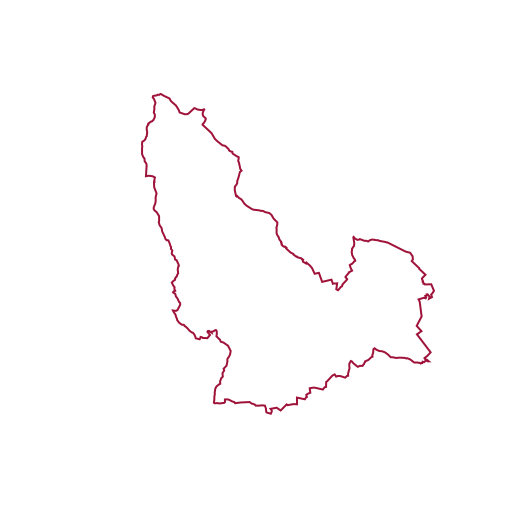 Hunedoara, Hunedoara, Romania, rotated 52°
{"feature_id": "2599482B17115998524758", "entity_name": "Hunedoara", "entity_type": "district", "adm_level": 2, "iso_a3": "ROU", "parent_name": "Romania", "parent_adm1": "Hunedoara", "projection": "equal_earth", "projection_center": [22.876, 45.766], "detail": "fine", "context": "isolated", "style": "outline", "palette": "rose", "viewbox_px": 512, "rotation_deg": 52, "n_neighbors": 0, "source": "geoboundaries", "source_scale": "gbopen_adm2", "svg_char_len": 6110}
<svg xmlns="http://www.w3.org/2000/svg" viewBox="0 0 512 512"><g transform="rotate(52 256 256)"><path d="M345.6,379.5L346.5,379.4L348.2,376.9L349.7,375.6L352.1,371.6L352.1,370.5L349.9,368.8L351.4,366.8L352.6,365.8L355.9,364.3L357.9,363.0L359.1,363.1L362.1,358.1L367.2,350.9L369.3,350.4L372.3,348.4L373.7,348.4L374.5,347.2L375.0,346.9L377.7,342.8L379.4,341.1L382.4,342.1L385.1,343.9L385.8,344.0L389.4,341.4L388.1,339.1L387.2,338.7L385.4,338.6L388.3,333.1L392.9,331.7L391.8,323.2L393.0,323.0L395.8,317.6L398.1,315.0L392.8,310.9L399.0,305.7L398.2,303.5L398.4,302.7L396.4,301.9L396.5,299.8L397.2,297.4L393.3,295.1L394.8,292.2L395.9,290.8L402.4,285.5L401.7,282.8L402.3,281.4L398.5,278.3L398.5,276.9L397.3,269.7L397.5,268.0L397.8,266.9L400.4,267.1L400.7,265.8L401.7,264.4L403.0,263.1L406.8,260.6L406.5,258.4L407.1,257.1L405.5,256.0L402.0,251.4L399.5,249.8L398.3,248.7L397.1,245.9L397.9,245.4L400.6,245.3L405.8,244.1L406.1,243.9L406.4,241.9L408.2,239.6L407.6,238.1L407.7,237.5L406.9,236.2L406.5,234.7L406.3,234.7L407.1,231.3L406.8,228.2L406.8,226.9L407.1,226.2L405.7,225.4L404.7,223.6L401.7,220.8L401.7,219.4L404.0,218.8L406.7,217.4L408.8,215.2L411.3,213.7L415.2,212.6L418.6,212.2L420.7,209.9L422.5,208.5L424.5,205.4L427.8,201.6L429.4,200.5L429.7,199.7L432.6,198.1L437.1,197.0L437.9,196.3L439.0,194.7L440.6,193.3L441.0,192.7L442.2,192.4L442.2,191.5L442.7,190.9L441.9,189.8L443.1,189.0L443.1,187.8L442.8,186.7L444.1,185.7L444.8,185.5L445.4,184.7L443.4,185.1L441.2,186.2L440.2,186.1L440.2,182.4L439.4,177.7L416.8,177.4L417.1,171.9L410.0,172.4L405.6,162.7L392.9,155.2L390.3,154.6L392.3,149.4L393.8,148.4L393.5,147.5L391.7,147.2L392.3,145.4L391.4,145.1L391.8,144.4L395.0,144.3L396.2,145.9L396.7,142.6L394.2,141.7L393.9,139.7L393.0,137.2L386.2,135.3L382.4,140.4L381.6,140.3L381.0,141.1L379.1,140.2L378.4,141.2L378.8,140.1L378.6,139.9L376.4,139.4L375.8,139.0L375.1,134.0L366.5,135.3L366.0,134.9L355.9,136.4L355.3,134.5L352.7,132.8L348.4,132.5L344.6,135.4L326.0,144.2L325.4,145.1L324.7,145.3L320.0,149.5L318.9,149.9L317.4,151.7L316.0,152.8L315.9,153.1L314.6,154.2L314.0,155.6L313.7,156.4L313.6,158.7L312.0,159.6L310.9,161.1L306.6,163.8L306.6,164.4L306.1,165.5L305.5,166.3L302.6,167.4L301.1,167.3L301.2,167.8L306.3,170.6L308.4,172.5L308.7,173.8L309.5,176.0L310.5,176.7L311.7,178.1L314.4,179.6L317.9,180.3L319.8,180.3L320.9,180.8L320.7,181.7L321.3,185.0L321.0,186.2L320.9,187.7L324.1,188.9L326.7,189.3L326.1,192.6L326.3,192.6L327.4,198.0L327.7,198.5L330.4,198.4L330.7,199.3L331.7,205.5L332.6,206.4L332.8,207.2L332.6,208.1L333.5,212.4L331.7,213.2L327.5,208.9L326.4,210.6L325.4,211.8L325.2,212.5L321.1,211.1L317.1,219.8L308.0,216.8L306.1,220.7L300.1,219.3L296.7,219.4L292.3,220.3L292.8,221.1L289.4,222.5L288.5,222.0L288.0,221.1L287.4,221.3L287.9,222.1L287.2,221.5L287.5,222.2L286.9,221.6L285.6,221.8L285.4,222.1L285.6,222.8L285.1,222.2L283.0,223.8L281.6,224.1L281.5,224.6L277.9,225.6L277.3,225.3L274.6,226.6L268.6,227.6L268.3,226.9L267.7,227.0L266.3,227.4L266.2,228.1L265.9,228.2L264.6,228.7L263.1,228.9L261.5,228.2L261.8,228.0L260.5,227.4L257.4,227.4L255.0,226.5L252.8,226.4L250.8,225.8L247.0,222.8L246.2,222.5L245.4,221.2L244.0,219.6L242.6,218.5L237.3,219.1L233.1,218.5L230.3,219.1L227.0,221.8L224.7,222.8L223.2,224.6L222.4,225.0L217.8,229.6L216.1,230.5L210.7,232.4L207.5,233.0L204.9,232.7L202.3,232.7L199.6,233.7L197.1,233.9L197.2,234.6L196.5,234.8L191.2,232.3L188.7,230.3L188.3,229.8L187.7,227.3L186.9,225.8L185.6,224.9L183.1,221.1L179.9,217.0L179.9,214.9L177.4,214.7L174.5,213.1L173.3,212.8L172.6,212.1L170.1,211.5L168.1,209.2L167.3,208.8L165.8,209.7L161.3,211.2L160.4,211.2L159.3,210.5L158.4,211.3L156.9,212.1L156.1,212.2L155.0,211.8L151.2,212.3L149.9,212.7L148.1,214.3L142.3,215.7L138.5,216.3L131.8,215.4L119.7,217.3L119.3,217.0L119.0,215.0L118.1,212.7L117.0,211.1L116.3,210.9L113.5,211.4L112.0,211.1L110.4,209.8L108.9,207.3L108.7,205.9L107.6,209.0L104.6,211.9L101.9,213.2L101.5,213.7L102.2,221.7L101.8,223.0L100.5,224.8L95.9,227.8L93.4,227.0L88.1,226.4L82.6,227.5L81.0,227.6L78.6,227.2L73.2,229.9L69.9,231.2L69.5,231.5L69.4,233.1L68.4,234.1L68.3,235.4L67.1,237.4L66.6,238.7L67.5,239.8L69.5,239.7L73.3,240.9L73.9,241.5L75.7,244.3L77.6,245.5L80.0,248.2L82.1,248.6L83.8,249.8L84.5,250.7L85.7,253.1L85.7,254.3L85.9,254.8L85.3,256.6L85.5,256.9L85.3,258.9L86.0,259.7L85.7,260.0L86.3,260.7L87.2,262.7L89.1,264.3L91.3,265.4L94.3,268.3L94.4,269.1L95.8,271.2L96.2,272.8L96.0,275.4L98.1,277.3L99.9,278.3L100.6,279.2L105.5,283.0L108.8,284.0L110.4,283.8L113.0,285.5L115.0,285.4L116.9,286.1L125.4,293.6L126.6,291.3L127.7,290.1L129.5,288.4L131.9,287.3L133.2,289.0L134.9,290.2L134.6,290.5L135.0,290.9L139.1,293.9L145.4,295.8L148.1,299.1L150.3,300.7L152.2,302.5L154.8,306.7L155.8,307.6L157.5,307.9L160.4,307.3L164.9,307.8L168.8,310.8L169.6,311.9L172.5,313.0L175.9,313.2L178.9,314.8L184.7,316.1L186.6,316.8L188.6,316.7L189.2,315.8L189.7,315.5L192.1,316.0L195.9,317.4L196.7,317.4L197.9,318.6L200.2,318.6L202.0,320.7L203.1,321.2L206.2,320.5L209.0,321.9L210.4,321.2L215.0,322.2L216.3,322.9L216.2,323.4L218.3,325.9L221.7,328.0L222.3,329.6L223.4,331.1L223.3,331.7L223.9,333.6L224.9,334.4L224.8,336.5L225.1,338.7L228.3,339.4L230.5,339.4L230.9,340.0L232.0,340.7L233.7,341.1L233.2,342.6L233.5,343.5L233.0,344.1L236.0,342.9L238.6,344.0L241.0,344.0L244.8,344.9L246.3,344.7L247.8,345.8L250.3,351.3L249.9,352.9L247.8,355.0L249.9,355.4L252.4,355.5L255.2,356.6L256.8,356.9L258.1,357.6L261.5,357.6L264.5,356.7L265.6,355.5L266.4,355.1L267.4,355.4L268.3,354.9L270.9,354.5L273.9,354.4L276.6,353.7L277.7,352.9L280.5,353.0L283.8,354.1L286.9,351.7L286.2,350.1L285.7,349.5L286.8,348.6L287.7,348.5L290.8,344.9L289.9,340.8L286.0,341.0L285.7,340.8L285.5,340.0L286.0,339.2L289.0,338.2L288.5,338.0L288.4,337.6L289.1,336.1L289.3,334.0L289.6,333.2L291.0,333.2L293.1,334.7L294.9,336.6L299.8,336.0L301.9,336.5L304.2,334.9L309.5,333.3L315.2,334.4L317.5,336.9L318.7,339.2L319.4,341.7L320.3,342.7L321.2,343.1L324.3,346.8L324.9,350.9L326.7,351.6L327.4,353.8L327.9,354.7L330.6,356.4L331.0,358.9L332.9,361.7L334.7,362.8L334.4,364.5L334.5,367.7L335.7,370.0L338.5,372.9L339.3,373.3L341.3,375.5L343.9,377.6L345.6,379.5Z" fill="none" stroke="#9f1239" stroke-width="2"/></g></svg>